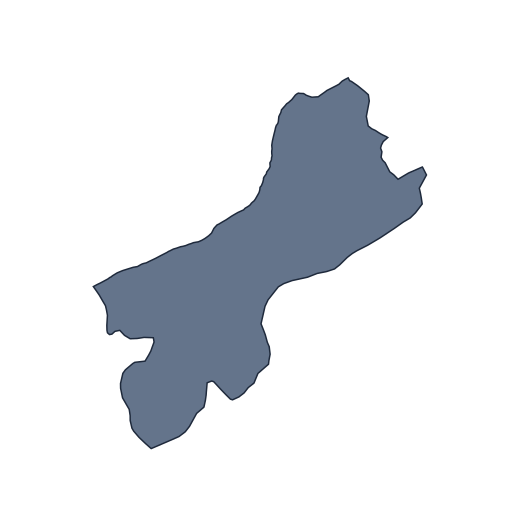 Dishna, Qina, Egypt, rotated 153°
{"feature_id": "37247803B58798403168141", "entity_name": "Dishna", "entity_type": "district", "adm_level": 2, "iso_a3": "EGY", "parent_name": "Egypt", "parent_adm1": "Qina", "projection": "robinson", "projection_center": [32.452, 26.142], "detail": "fine", "context": "isolated", "style": "filled", "palette": "slate", "viewbox_px": 512, "rotation_deg": 153, "n_neighbors": 0, "source": "geoboundaries", "source_scale": "gbopen_adm2", "svg_char_len": 3430}
<svg xmlns="http://www.w3.org/2000/svg" viewBox="0 0 512 512"><g transform="rotate(153 256 256)"><path d="M436.8,132.0L420.1,130.9L406.6,130.1L398.8,131.5L392.6,134.4L380.4,142.7L371.0,145.0L366.6,150.4L363.6,154.7L362.1,157.2L357.1,165.2L354.8,165.0L352.3,164.7L351.1,163.6L350.7,163.1L347.7,152.4L345.7,145.9L343.8,140.1L342.2,138.5L335.0,138.2L333.7,138.5L328.8,139.4L322.6,142.3L315.5,143.7L307.6,150.5L294.0,153.9L292.0,156.9L288.0,162.1L285.4,169.2L285.1,173.9L283.5,181.6L282.9,186.9L282.3,193.3L270.8,207.1L265.1,211.5L250.1,218.4L243.8,218.8L235.0,217.7L219.7,213.7L209.4,212.7L201.0,210.3L199.7,210.0L191.8,208.8L190.1,209.2L185.5,210.1L175.4,213.3L169.1,214.5L163.6,214.9L151.7,214.9L143.8,215.4L137.5,215.8L136.6,215.9L120.2,217.8L109.2,219.4L107.3,219.5L101.3,219.9L94.3,222.1L88.2,225.0L84.3,226.9L82.3,232.9L81.0,237.2L79.7,242.3L67.3,250.8L67.3,259.2L67.4,259.8L82.4,260.7L94.6,259.9L96.4,265.8L98.6,270.3L98.6,274.8L98.6,277.6L98.6,280.4L99.7,283.8L99.7,287.2L96.5,291.7L96.0,295.6L93.9,297.9L90.7,300.2L84.8,301.7L85.7,303.2L88.2,306.4L89.5,308.3L90.8,310.4L92.6,313.6L95.1,316.8L97.0,320.9L94.3,330.3L86.0,341.0L84.7,342.7L82.7,348.7L84.6,353.6L88.2,361.7L91.7,368.2L93.0,369.7L93.0,372.9L96.6,372.9L99.8,372.7L102.5,371.9L103.9,371.4L106.8,371.3L109.6,371.3L114.6,371.3L117.6,371.3L121.0,370.7L125.3,370.1L128.3,369.6L130.3,370.5L134.1,372.1L136.4,374.4L138.3,376.5L139.1,378.0L139.9,379.2L141.7,380.2L143.1,381.0L144.3,381.9L145.8,381.9L147.9,381.5L150.9,380.1L153.3,379.0L154.7,378.7L157.2,378.0L159.6,377.7L162.3,376.5L163.4,376.1L166.9,374.7L168.8,372.5L170.9,371.0L172.4,369.8L175.1,365.6L176.2,364.4L177.8,363.4L178.4,363.3L180.3,361.5L181.9,359.5L184.1,357.0L186.5,354.2L189.1,351.1L191.7,347.5L193.0,344.3L194.5,342.1L195.4,340.2L196.2,338.0L197.6,336.4L198.5,334.8L199.5,333.9L201.2,332.8L201.8,331.7L202.7,329.4L204.5,327.9L208.3,326.0L209.5,324.5L212.9,322.8L214.0,321.9L214.5,320.9L216.5,318.6L216.7,318.4L218.9,316.5L220.0,315.8L221.2,315.4L222.6,313.2L224.4,311.2L226.3,309.9L228.9,308.2L230.9,306.9L232.7,306.0L234.5,305.6L236.3,305.1L237.7,304.3L240.0,303.8L244.1,303.5L246.1,302.7L247.6,302.8L252.3,303.0L252.5,303.0L256.4,302.8L259.6,302.6L266.2,301.8L270.4,301.6L274.7,301.3L276.5,301.4L278.7,300.6L281.0,299.7L283.4,297.9L285.2,296.6L289.0,295.5L293.5,294.8L297.2,294.6L300.9,294.8L303.4,295.6L305.7,296.3L308.1,296.5L310.2,296.9L313.9,297.2L316.7,297.8L319.0,298.5L323.4,299.1L326.5,299.7L327.2,299.7L330.5,299.7L331.8,299.8L333.7,299.6L336.7,299.6L340.3,299.6L346.3,299.5L350.3,299.6L353.9,299.7L356.9,299.7L359.3,300.3L361.1,300.6L362.5,300.6L364.8,300.5L366.4,300.4L370.6,301.7L375.8,302.6L381.2,303.5L383.3,303.7L387.4,304.0L392.3,303.6L392.9,303.6L394.2,303.2L396.2,303.2L398.3,302.8L402.2,302.7L407.3,302.6L410.3,302.7L414.6,302.6L414.8,302.6L413.8,295.5L413.5,293.1L413.4,292.5L413.2,288.3L413.0,285.0L412.7,280.0L413.5,276.7L414.0,274.9L415.3,270.6L420.4,261.9L422.5,257.5L422.8,256.5L423.2,255.0L422.2,252.5L419.8,251.8L415.9,252.9L411.1,251.6L409.2,245.0L405.7,239.4L399.2,236.4L392.7,234.3L384.6,229.8L385.1,228.1L385.9,225.6L388.9,222.8L390.0,221.8L392.7,219.2L396.5,216.5L402.6,212.7L412.3,216.3L414.7,216.1L419.4,215.0L424.0,213.9L427.9,211.9L428.9,210.7L434.6,203.9L436.7,199.6L439.3,190.2L438.9,182.4L438.6,176.9L440.6,170.9L442.8,166.5L444.7,158.9L444.5,155.5L442.5,147.3L439.6,139.1L436.9,132.2L436.8,132.0Z" fill="#64748b" stroke="#1e293b" stroke-width="1.5"/></g></svg>